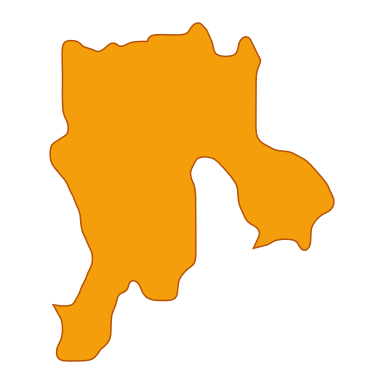 outline of Jamao al Norte, Espaillat, Dominican Republic
{"feature_id": "3306468B95520457943603", "entity_name": "Jamao al Norte", "entity_type": "district", "adm_level": 2, "iso_a3": "DOM", "parent_name": "Dominican Republic", "parent_adm1": "Espaillat", "projection": "natural_earth1", "projection_center": [-70.445, 19.588], "detail": "fine", "context": "isolated", "style": "filled", "palette": "amber", "viewbox_px": 384, "rotation_deg": 0, "n_neighbors": 0, "source": "geoboundaries", "source_scale": "gbopen_adm2", "svg_char_len": 3649}
<svg xmlns="http://www.w3.org/2000/svg" viewBox="0 0 384 384"><path d="M260.5,60.0L250.5,39.7L248.9,37.8L247.7,37.2L246.5,36.9L245.2,36.9L243.9,37.3L242.6,38.0L240.6,40.2L239.1,42.9L237.8,49.0L236.8,51.9L236.0,53.2L234.9,54.3L233.6,55.0L232.1,55.6L229.1,56.2L224.3,56.4L219.7,55.7L216.9,54.4L215.7,53.3L214.8,52.0L214.1,50.5L212.2,42.5L207.2,31.0L205.8,28.9L202.1,25.0L200.4,23.5L199.3,23.1L196.9,23.0L194.5,24.1L193.4,24.9L191.4,27.1L188.6,31.4L187.8,32.4L185.4,33.8L182.5,34.6L177.7,35.0L160.8,34.6L154.5,34.9L151.6,35.7L149.3,37.2L148.0,39.3L147.2,41.5L141.2,41.4L135.2,41.8L130.9,42.6L128.4,43.5L124.0,45.7L121.7,46.2L119.5,46.0L118.5,45.6L116.3,44.0L114.5,43.2L112.3,43.2L111.1,43.4L108.8,44.7L103.5,49.2L101.2,50.7L98.8,51.5L96.5,51.3L90.8,49.0L84.5,47.0L82.5,45.8L80.0,43.4L78.0,41.9L76.7,41.4L73.9,40.7L69.6,40.6L66.8,41.2L65.5,41.8L64.3,42.8L63.4,44.1L62.9,45.5L62.3,48.6L62.1,53.7L62.5,75.5L62.4,99.2L62.7,106.5L63.0,110.0L63.6,113.4L64.6,116.4L67.0,121.5L67.8,124.4L68.2,127.4L68.1,130.3L67.3,133.1L66.6,134.3L65.7,135.3L54.2,142.7L52.3,144.5L51.5,145.8L50.9,147.2L50.3,150.4L50.1,153.9L50.3,157.4L50.9,160.9L51.5,162.5L53.1,165.6L56.1,169.6L63.7,178.6L65.7,181.3L67.4,184.2L69.8,189.9L73.7,197.7L75.8,203.5L78.8,210.1L80.1,214.9L81.1,225.5L82.1,230.6L83.2,233.4L85.7,238.6L88.0,244.3L90.5,249.5L91.6,252.2L92.3,255.3L92.4,260.1L92.0,263.3L91.1,266.3L88.0,272.7L85.8,278.5L81.9,286.3L79.2,293.4L75.3,300.6L73.9,302.9L73.0,303.9L70.7,305.2L66.7,306.0L61.0,305.9L53.2,304.8L60.8,318.6L61.8,321.7L62.4,325.2L62.5,328.8L62.4,332.4L61.5,337.7L60.5,340.6L57.5,346.9L56.8,349.8L56.6,352.8L56.7,354.2L57.5,357.0L58.3,358.2L59.5,359.3L60.8,359.9L63.5,360.7L69.7,361.0L84.4,360.7L87.6,360.3L90.7,359.6L92.2,359.0L94.4,357.5L97.2,354.5L100.8,349.2L105.6,345.2L108.2,342.0L109.5,339.5L110.0,337.9L110.7,334.5L110.9,331.0L111.2,320.4L111.8,315.2L112.7,312.1L115.4,305.5L117.7,297.1L119.1,294.9L120.0,294.0L125.0,291.4L126.7,290.0L127.8,288.1L129.1,283.7L129.7,282.7L130.4,281.8L131.5,281.1L132.7,280.8L133.9,280.8L135.1,281.1L137.2,282.4L139.6,285.4L142.3,291.9L143.8,294.3L145.6,296.4L146.7,297.3L149.3,298.8L152.2,299.7L155.3,300.2L160.0,300.5L166.2,300.5L169.2,300.3L172.0,299.8L174.5,298.6L175.5,297.6L176.4,296.3L177.3,293.4L178.3,283.6L179.1,280.3L179.7,278.8L181.3,276.1L184.3,272.4L187.5,269.2L191.8,265.9L193.6,264.1L194.4,262.8L195.3,259.8L195.7,256.5L195.9,251.2L195.6,195.6L195.1,190.2L194.5,186.8L193.6,183.8L191.9,180.0L191.0,177.3L190.6,174.2L190.6,172.7L190.8,171.2L191.7,168.4L195.3,161.3L197.0,159.1L198.3,158.2L199.6,157.6L202.5,157.0L207.1,157.0L211.8,158.0L214.7,159.4L218.6,162.6L224.4,168.8L231.2,176.8L235.1,182.4L236.6,185.5L237.5,188.9L238.4,199.5L239.3,204.6L240.4,207.4L244.6,216.8L246.0,219.4L247.8,221.6L250.9,224.1L254.3,225.9L256.4,227.4L258.0,229.2L259.2,231.5L259.4,232.8L259.4,234.2L258.8,236.6L253.4,248.3L266.3,245.1L268.9,244.0L273.6,241.3L276.3,240.3L280.9,239.4L285.7,239.2L290.3,239.5L293.2,240.1L294.5,240.6L296.8,242.0L297.5,243.0L299.8,247.1L301.3,248.8L302.1,249.5L303.2,250.0L304.4,250.2L305.6,250.1L306.7,249.6L307.6,248.8L309.2,246.8L310.2,244.2L310.6,241.2L310.9,233.2L311.2,230.0L312.0,226.9L313.4,223.9L316.2,220.0L319.6,216.6L323.3,214.0L328.2,211.6L330.3,210.0L331.2,209.0L332.8,206.7L333.4,205.4L333.9,202.3L333.7,199.2L332.7,196.5L330.3,191.5L327.9,185.9L326.2,183.0L323.0,178.8L316.2,171.0L310.4,164.6L306.7,161.1L304.1,159.2L291.9,152.7L287.7,151.6L277.6,150.5L273.5,149.2L262.7,143.3L261.6,142.5L259.6,140.5L258.0,138.1L257.3,136.7L256.4,133.5L255.9,128.3L256.1,80.1L256.4,74.9L257.0,71.6L257.8,68.7L259.8,63.7L260.2,62.1L260.5,60.0Z" fill="#f59e0b" stroke="#b45309" stroke-width="1.5"/></svg>